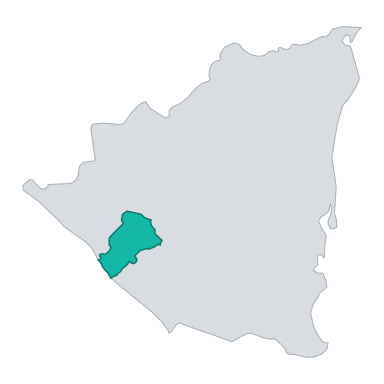 where Managua sits in Nicaragua
{"feature_id": "NIC-659", "entity_name": "Managua", "entity_type": "Department", "adm_level": 1, "iso_a3": "NIC", "parent_name": "Nicaragua", "parent_adm1": "", "projection": "orthographic", "projection_center": [-86.332, 12.202], "detail": "fine", "context": "in_parent", "style": "filled", "palette": "teal", "viewbox_px": 384, "rotation_deg": 0, "n_neighbors": 0, "source": "natural_earth", "source_scale": "10m", "svg_char_len": 3916}
<svg xmlns="http://www.w3.org/2000/svg" viewBox="0 0 384 384"><path d="M361.0,27.6L358.9,30.4L356.7,32.3L352.0,41.6L350.4,42.4L350.0,35.6L347.1,34.8L343.8,37.2L342.0,40.7L345.0,45.3L347.5,45.3L350.6,46.5L359.4,78.1L357.7,83.7L352.6,92.5L347.8,100.1L342.9,104.8L337.1,124.8L331.9,157.2L336.2,186.3L334.5,213.2L336.3,219.5L336.9,227.4L332.8,228.9L330.5,228.7L328.1,223.8L328.3,219.6L330.7,214.5L331.6,207.7L330.5,204.2L328.1,212.0L323.9,215.5L321.2,216.7L318.5,220.6L321.4,228.0L325.2,233.3L326.4,237.2L325.1,241.8L324.4,257.5L323.1,257.1L321.7,255.0L317.8,254.9L317.4,261.2L317.8,264.8L314.5,267.5L313.3,270.3L316.1,272.2L319.1,273.3L322.7,273.0L325.9,280.7L326.9,287.1L319.9,293.0L317.5,297.8L313.6,303.7L311.4,309.5L310.7,313.7L313.6,326.8L318.5,336.0L322.6,341.9L328.1,343.1L326.9,349.3L322.8,353.3L315.4,356.7L307.2,357.4L293.7,354.4L288.3,354.1L286.1,352.4L285.4,349.4L281.6,344.8L274.5,338.7L270.4,339.2L263.8,337.9L252.8,333.8L247.7,333.3L240.4,336.9L231.9,341.7L211.4,334.4L197.0,329.4L184.1,324.8L180.6,323.0L177.8,323.4L175.4,325.8L172.6,330.1L171.7,331.4L170.2,332.5L168.5,332.9L168.4,330.8L162.1,322.3L152.0,312.1L113.5,280.6L99.4,261.8L91.9,248.2L84.7,241.2L64.0,226.7L59.2,221.0L38.8,201.6L23.2,190.2L23.0,185.4L29.5,179.5L32.6,179.8L36.0,184.1L41.5,189.0L44.2,189.0L48.0,186.8L48.1,184.5L69.1,183.6L72.9,182.4L76.7,178.8L78.6,173.9L79.0,169.1L79.8,165.7L83.1,162.4L89.3,161.4L94.0,161.0L95.4,158.8L94.0,151.5L91.5,133.9L90.9,129.0L91.8,125.3L93.7,124.0L103.0,123.1L120.5,124.6L123.9,123.5L130.9,113.5L137.5,106.1L142.1,102.8L145.8,101.8L150.0,108.3L164.8,117.7L167.3,117.1L168.8,116.6L169.3,115.2L169.0,110.9L172.7,107.0L180.3,103.4L188.0,97.2L195.7,88.3L202.4,83.0L208.1,81.4L210.3,79.0L208.9,75.7L209.3,71.0L211.5,64.9L214.8,61.4L219.2,60.4L220.9,58.5L219.9,55.6L220.8,52.5L224.6,47.3L233.9,42.8L239.3,44.3L243.7,50.2L250.0,54.2L258.2,56.3L264.4,55.5L268.9,51.7L272.9,50.6L276.5,52.0L278.4,51.2L278.6,48.0L280.4,47.3L283.9,49.0L287.0,49.4L289.7,48.5L290.8,47.0L291.3,45.4L293.3,44.2L300.3,45.3L308.2,43.5L316.8,38.6L322.5,36.4L325.4,37.0L328.8,34.5L332.7,29.1L341.7,26.6L361.0,27.6Z" fill="#d9dde1" stroke="#a8b0b8" stroke-width="1"/><path d="M111.0,278.4L110.0,277.2L108.0,272.6L107.2,271.9L106.4,271.5L104.4,269.4L103.2,267.7L101.9,265.3L101.7,264.2L101.3,263.1L100.5,262.2L98.6,260.7L98.3,260.3L100.2,259.0L100.4,258.7L100.7,258.1L100.8,257.9L100.8,257.7L100.7,257.4L100.3,256.8L99.7,255.7L99.6,255.3L99.6,255.1L99.6,254.9L99.7,254.7L99.8,254.5L100.0,254.4L100.3,254.3L100.8,254.2L101.9,253.8L102.1,253.7L102.4,253.7L102.5,253.7L103.8,254.1L104.8,254.3L105.1,254.3L105.5,254.1L108.3,251.9L109.8,250.2L110.8,248.1L110.7,246.7L110.2,246.1L109.8,245.9L109.5,245.6L109.3,245.2L109.2,244.7L109.2,239.2L109.3,238.0L110.4,236.5L115.4,231.4L122.8,224.1L123.1,223.7L123.1,223.2L123.1,222.9L123.0,222.5L123.0,222.3L122.9,222.1L122.4,221.7L121.7,220.7L121.5,220.1L121.5,219.9L121.5,219.5L122.0,218.1L122.1,217.7L122.1,217.3L122.1,217.1L122.1,216.8L122.2,216.0L122.2,215.7L122.3,215.3L122.5,214.9L123.1,214.0L124.2,213.0L127.2,211.2L140.0,214.0L141.3,214.4L142.5,215.5L143.6,216.8L144.4,217.4L145.2,217.9L149.8,219.7L151.1,220.0L150.6,221.3L150.9,223.9L151.3,225.0L151.8,225.9L152.7,227.2L154.6,229.3L154.9,229.7L155.0,230.2L154.9,231.7L154.8,233.0L155.0,233.6L155.2,234.0L161.8,240.2L162.0,240.5L161.9,240.9L160.6,242.8L160.2,245.0L158.9,244.4L158.3,244.4L157.7,244.6L155.3,246.4L149.0,249.2L147.6,248.9L147.2,248.7L146.8,248.6L145.5,248.8L143.0,249.8L140.8,250.2L139.4,251.3L134.8,255.8L135.0,256.8L136.1,257.9L136.5,258.5L136.8,259.0L136.7,260.7L135.8,262.1L135.4,262.6L134.9,263.0L134.3,263.3L133.6,263.5L133.0,263.6L132.1,263.3L131.6,263.1L129.5,261.5L127.7,263.7L126.8,265.1L122.1,268.9L120.6,271.4L120.1,271.9L118.0,273.4L117.2,274.6L116.3,275.5L116.0,275.6L115.6,275.8L114.7,276.0L114.3,276.1L113.7,276.1L112.9,276.6L111.0,278.4L111.0,278.4Z" fill="#14b8a6" stroke="#0f766e" stroke-width="1.5"/></svg>